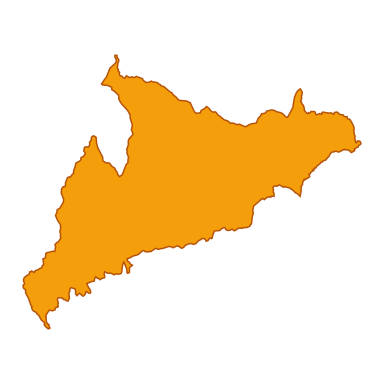 Huamalies, Huánuco, Peru
{"feature_id": "86281439B96398327811884", "entity_name": "Huamalies", "entity_type": "district", "adm_level": 2, "iso_a3": "PER", "parent_name": "Peru", "parent_adm1": "Huánuco", "projection": "robinson", "projection_center": [-76.611, -9.407], "detail": "fine", "context": "isolated", "style": "filled", "palette": "amber", "viewbox_px": 384, "rotation_deg": 0, "n_neighbors": 0, "source": "geoboundaries", "source_scale": "gbopen_adm2", "svg_char_len": 5899}
<svg xmlns="http://www.w3.org/2000/svg" viewBox="0 0 384 384"><path d="M58.2,306.6L57.9,304.1L58.3,302.7L57.3,299.6L57.9,297.9L60.1,297.7L62.5,298.2L63.7,299.6L65.1,299.6L66.3,300.7L68.0,301.1L69.4,298.3L68.9,293.7L69.2,292.1L69.8,291.3L69.9,289.0L70.8,287.6L74.9,288.8L75.6,290.3L75.6,293.9L76.9,295.7L79.5,293.2L82.5,295.9L83.4,296.1L85.0,294.5L85.9,292.0L86.4,291.6L88.8,293.2L90.1,293.2L90.7,292.5L90.4,290.2L88.5,287.4L86.8,283.6L91.2,281.7L94.2,281.1L94.7,278.5L95.9,276.7L97.4,278.4L98.9,278.6L100.0,279.7L102.4,278.2L104.6,277.7L104.8,276.4L104.1,273.8L104.7,271.8L107.2,273.1L111.4,273.3L113.9,274.8L116.5,273.8L118.5,274.2L120.9,273.7L121.7,272.1L122.5,265.6L123.3,262.7L123.9,262.0L126.8,269.1L127.0,272.6L127.6,273.3L128.9,272.9L129.5,272.1L129.4,268.4L130.1,267.1L132.4,265.2L130.6,264.2L129.2,262.2L127.7,261.3L127.1,258.8L129.6,258.0L132.6,256.2L138.1,254.6L142.9,250.5L144.4,250.8L145.2,251.7L148.3,251.9L149.3,251.3L150.7,251.7L155.5,248.4L158.6,249.4L159.4,248.9L162.9,248.4L168.7,246.5L171.8,246.9L172.9,247.8L177.7,245.7L181.6,248.3L183.8,247.3L185.0,245.6L188.5,243.9L190.9,243.5L193.2,244.4L195.9,243.6L198.5,240.7L200.9,239.6L201.6,238.7L204.0,238.5L205.6,239.8L206.0,241.1L207.8,240.8L209.8,238.1L210.9,238.0L211.7,238.6L212.1,238.2L213.1,234.0L214.5,231.0L219.8,230.5L222.1,228.3L224.1,227.6L225.1,227.8L225.7,229.4L227.3,230.4L229.6,230.4L231.9,229.2L234.5,230.8L238.8,228.1L242.7,228.2L243.6,227.6L246.5,227.6L248.9,226.7L250.2,225.8L250.4,224.6L251.2,224.2L251.5,223.4L252.4,216.2L253.4,212.9L252.7,210.6L253.7,206.1L262.2,198.5L264.5,199.6L266.0,198.1L268.9,196.7L270.7,197.2L271.8,196.0L274.0,196.4L274.1,193.3L273.2,192.3L273.5,190.2L272.9,187.4L273.8,186.3L275.0,185.8L276.9,186.3L278.9,184.9L281.8,186.1L283.4,187.3L284.9,186.7L289.3,187.9L292.7,190.0L295.7,193.0L297.4,193.6L300.1,196.4L301.1,191.5L301.2,186.5L302.6,184.3L302.7,181.7L304.0,180.3L303.9,179.8L304.7,180.0L305.2,178.9L306.2,179.0L309.2,177.2L309.7,176.4L309.0,174.2L309.8,174.0L311.4,171.9L313.8,170.4L313.8,169.9L313.1,169.6L314.5,168.8L314.5,168.1L316.0,167.9L316.7,166.3L320.4,163.3L320.9,162.2L322.5,161.9L323.0,160.9L325.6,160.1L329.1,156.0L330.5,153.4L332.3,151.9L333.7,152.0L335.5,151.2L336.5,151.2L337.9,152.0L339.3,151.9L344.3,149.3L345.5,150.0L347.7,149.7L348.6,150.5L350.2,150.9L350.8,152.3L351.6,152.5L354.6,150.7L354.3,149.0L355.6,148.7L356.5,147.4L358.1,147.1L358.5,145.5L360.3,144.6L361.0,143.6L360.3,141.7L359.6,141.1L357.7,140.9L356.4,142.8L355.5,142.2L355.3,140.1L354.6,138.6L355.2,136.2L354.1,134.2L354.2,132.6L353.7,131.1L354.2,129.4L353.9,127.0L352.6,124.1L350.2,119.8L349.3,119.1L348.1,119.1L347.3,118.3L347.0,116.6L344.4,116.7L343.0,114.8L340.9,114.8L339.1,113.9L337.4,112.1L334.6,112.4L333.7,114.3L331.1,112.8L329.1,113.1L322.7,112.1L322.0,112.5L321.9,114.2L319.4,113.6L316.6,114.8L315.6,114.1L315.3,112.2L313.4,111.3L312.2,111.8L311.1,111.4L310.0,112.9L309.1,113.1L308.5,112.6L307.6,113.6L306.5,113.0L304.3,110.1L304.2,108.0L303.4,105.4L302.2,104.1L301.3,101.8L300.5,101.5L301.6,98.7L301.5,96.1L302.3,93.0L302.1,91.8L300.2,88.8L297.6,90.9L296.2,93.1L294.5,97.3L292.7,107.8L287.6,117.3L285.8,116.9L282.7,113.7L280.5,112.6L277.2,111.9L273.4,110.1L271.4,110.0L266.6,111.1L265.8,112.6L264.9,113.2L261.6,113.8L260.3,116.3L258.3,118.1L256.3,123.0L250.3,124.1L245.4,126.8L239.5,124.2L236.5,124.6L233.1,123.0L230.7,123.3L227.5,120.8L224.3,119.9L219.9,116.2L218.1,115.2L216.0,112.3L215.0,111.8L213.1,112.2L211.3,111.3L209.2,108.6L206.6,106.5L204.0,108.9L201.2,110.4L200.2,112.9L195.9,113.2L194.3,111.6L190.2,102.7L186.1,100.9L180.4,100.5L178.5,99.9L175.6,96.6L173.6,95.3L171.9,92.8L169.9,91.8L164.0,86.7L161.2,85.9L160.5,84.8L158.8,84.0L157.4,82.6L152.5,81.8L151.2,81.1L148.9,82.3L145.9,82.4L143.4,80.5L142.4,78.7L136.3,76.4L134.3,77.5L132.8,77.4L132.2,76.8L129.3,77.5L126.3,75.8L125.6,76.6L125.2,78.1L124.6,78.2L123.2,77.7L122.0,76.2L120.1,75.8L119.2,73.7L119.6,72.2L118.1,70.8L118.4,69.4L117.7,68.8L117.3,67.6L118.1,62.4L118.7,61.6L118.7,59.5L117.2,57.6L117.0,55.5L115.2,55.1L114.9,55.5L115.0,57.4L116.5,60.2L115.7,62.9L110.0,68.1L106.2,77.5L104.3,79.7L102.1,83.4L101.5,83.7L102.3,84.9L107.9,85.5L111.7,87.3L111.9,88.1L111.5,89.1L112.1,89.9L113.7,90.7L118.5,95.1L118.8,96.1L118.7,98.3L119.4,100.4L121.7,104.0L127.6,110.4L130.2,115.3L130.1,117.9L132.4,125.2L131.4,129.7L133.0,133.9L132.8,134.6L129.2,138.7L128.3,140.6L128.3,145.1L126.6,149.5L127.3,151.0L126.9,152.9L128.5,157.3L127.9,160.4L128.0,162.6L126.1,164.7L122.2,174.7L119.6,176.6L118.0,174.9L116.7,171.5L115.7,170.5L114.8,168.3L111.6,166.0L109.8,163.4L108.7,162.9L106.1,162.9L102.9,160.9L102.6,157.0L97.9,148.0L96.6,143.5L96.1,137.5L95.5,136.7L93.3,135.8L91.8,136.8L91.3,137.9L91.3,139.9L89.5,142.3L89.8,144.3L89.1,146.2L88.5,146.8L85.0,147.0L84.3,147.8L83.8,151.0L85.1,152.7L85.2,153.6L83.7,156.2L81.0,157.6L80.9,159.6L79.8,161.0L76.0,163.0L74.6,168.4L73.8,169.8L73.4,173.5L71.8,174.9L70.3,177.2L69.1,176.9L67.5,177.6L65.5,182.6L65.4,186.1L64.7,186.6L63.2,186.7L61.6,188.8L61.2,192.9L63.7,199.5L63.3,202.2L59.8,208.2L57.1,209.8L56.9,212.4L55.5,215.5L57.5,220.2L60.5,224.9L60.6,229.6L59.9,230.9L59.9,232.0L60.6,234.2L60.4,236.1L60.8,238.0L58.2,242.0L56.9,242.5L54.9,244.7L55.6,246.7L54.8,251.5L53.2,251.2L46.3,252.9L45.9,253.5L45.3,258.0L42.9,258.9L43.6,264.0L43.3,265.1L42.3,265.6L42.2,266.8L41.2,268.2L39.9,268.3L38.4,269.5L35.2,270.7L34.3,272.4L31.5,271.0L30.8,271.9L29.6,271.9L29.4,273.6L28.7,274.5L26.4,275.8L24.2,277.8L23.5,279.5L23.5,280.8L24.5,283.5L24.1,284.5L23.0,285.3L23.4,287.8L24.1,288.8L25.5,289.7L25.7,293.2L28.3,297.9L29.3,300.3L29.4,301.5L30.0,302.2L30.4,304.5L32.0,306.4L31.5,307.5L32.5,310.0L33.9,311.3L36.1,312.3L36.9,313.8L38.8,315.4L41.2,319.8L44.1,322.4L44.9,323.8L44.2,324.6L45.6,326.6L48.3,328.9L50.0,328.0L49.2,326.7L48.8,324.3L47.6,324.1L46.3,321.2L46.0,315.1L49.2,310.2L52.6,310.8L55.0,309.9L55.1,308.6L56.1,307.4L57.4,307.3L58.2,306.6Z" fill="#f59e0b" stroke="#b45309" stroke-width="1.5"/></svg>